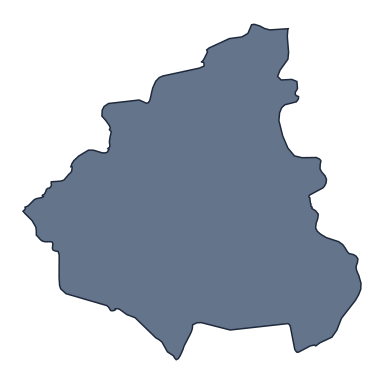 SVG path tracing the border of Kainuu
{"feature_id": "FIN-3179", "entity_name": "Kainuu", "entity_type": "Province", "adm_level": 1, "iso_a3": "FIN", "parent_name": "Finland", "parent_adm1": "", "projection": "albers", "projection_center": [28.501, 64.601], "detail": "fine", "context": "isolated", "style": "filled", "palette": "slate", "viewbox_px": 384, "rotation_deg": 0, "n_neighbors": 0, "source": "natural_earth", "source_scale": "10m", "svg_char_len": 3056}
<svg xmlns="http://www.w3.org/2000/svg" viewBox="0 0 384 384"><path d="M288.2,28.7L287.8,29.7L287.3,36.5L288.6,52.6L287.9,59.2L280.1,70.1L277.6,76.4L281.2,80.0L291.8,79.4L296.9,81.5L297.5,88.4L296.8,89.9L296.0,91.1L295.3,92.4L295.3,94.2L296.3,95.8L297.6,96.1L298.6,96.6L298.3,99.1L296.4,101.8L284.8,104.8L281.7,107.7L279.6,112.8L278.9,120.6L282.7,135.9L287.9,148.1L294.4,155.9L302.0,157.7L316.3,157.5L319.4,159.0L320.7,160.4L320.9,161.5L320.5,162.8L320.2,164.6L320.1,167.0L320.0,168.1L320.2,169.1L321.1,171.1L322.0,172.4L325.1,175.9L326.5,179.4L326.1,182.9L324.6,186.0L322.8,188.0L309.7,195.0L309.1,195.7L308.8,196.8L309.2,197.3L309.7,197.6L309.9,197.9L310.1,201.0L310.4,202.7L311.0,204.4L310.9,204.9L310.9,205.4L310.9,205.9L311.1,206.4L311.9,206.8L312.1,207.3L311.9,208.5L315.5,210.7L318.3,214.2L317.8,218.5L316.2,223.1L315.6,227.9L317.3,231.3L320.6,234.2L326.3,237.6L338.7,241.7L342.7,244.6L345.0,247.8L346.9,251.0L348.9,253.5L353.5,254.6L356.1,256.2L357.9,258.9L357.4,262.7L356.1,266.3L356.3,269.3L357.3,272.2L358.8,275.6L361.0,283.3L360.7,289.4L358.6,294.8L355.4,300.4L341.5,318.2L336.8,330.2L331.9,337.2L319.9,342.8L315.8,345.9L315.7,345.9L314.5,345.0L310.3,345.9L298.6,352.1L297.3,352.3L296.6,352.0L295.3,350.4L294.7,349.1L290.3,326.3L289.1,324.3L287.9,323.6L230.2,330.0L201.2,322.6L196.9,322.8L192.7,324.8L192.6,325.5L192.4,328.1L191.9,330.1L190.7,333.2L184.0,346.2L182.9,349.6L181.4,353.1L179.8,356.3L178.3,358.6L176.2,359.7L174.8,358.2L173.4,355.8L167.4,351.8L161.9,342.0L159.0,339.6L156.0,338.0L135.1,317.7L126.9,314.6L119.7,309.4L117.5,308.6L115.3,308.8L115.6,309.4L114.8,310.3L112.6,310.8L111.3,310.7L110.6,310.5L108.6,307.2L106.8,305.6L66.0,293.7L60.7,288.9L59.6,285.5L59.1,277.9L59.2,255.1L58.2,251.5L55.3,251.0L53.6,250.3L52.9,249.8L52.4,248.3L52.9,243.4L52.0,242.0L50.8,241.7L45.4,241.8L42.6,241.2L40.6,239.8L37.2,236.0L36.3,235.1L36.3,231.1L35.9,227.2L32.0,220.5L24.7,213.2L23.0,211.2L24.7,209.7L25.2,208.8L25.4,207.5L25.1,207.5L25.0,207.2L27.5,206.2L28.6,205.4L34.1,199.8L36.2,198.7L42.2,197.4L43.4,196.6L43.2,196.4L42.5,196.2L42.3,195.3L43.3,194.7L44.3,194.3L45.5,192.1L46.4,189.5L47.6,188.4L49.4,188.0L50.1,187.5L51.3,185.9L51.4,184.7L51.1,183.2L51.3,181.8L60.9,181.1L64.0,180.0L68.9,174.2L70.2,173.1L71.6,171.4L71.8,170.1L72.1,167.8L72.1,166.9L71.0,166.9L70.8,166.8L72.1,163.3L73.8,160.7L78.9,155.9L88.5,150.1L93.5,150.2L102.4,152.9L105.3,152.9L107.4,152.1L108.9,149.4L107.8,148.7L109.6,147.1L109.9,145.2L109.5,143.2L109.4,141.4L110.0,137.4L110.6,134.7L111.0,133.2L111.2,131.5L109.9,130.2L109.6,130.0L109.4,129.5L110.3,127.9L109.4,125.6L105.8,120.5L101.9,116.1L102.2,110.1L104.1,106.5L108.5,103.5L139.2,100.0L146.4,103.2L148.3,102.8L149.8,100.3L150.8,96.4L151.7,92.1L152.8,87.8L155.7,81.3L159.2,77.6L163.1,75.9L199.4,68.1L204.1,66.0L203.9,62.9L203.5,62.4L201.0,61.9L201.7,61.7L202.8,60.9L204.5,58.1L206.8,53.4L207.5,51.8L207.2,51.4L206.9,50.4L206.7,49.9L209.2,47.9L229.3,38.6L241.9,36.9L247.9,33.4L251.6,24.7L254.3,24.3L259.6,25.9L264.8,28.6L269.9,29.9L288.1,28.7L288.2,28.7Z" fill="#64748b" stroke="#1e293b" stroke-width="1.5"/></svg>